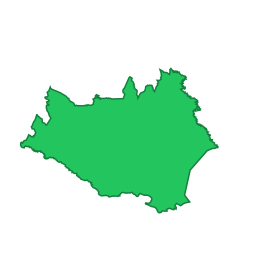 outline of Mocache, Los Rios, Ecuador, rotated 116°
{"feature_id": "8360857B55649152040637", "entity_name": "Mocache", "entity_type": "district", "adm_level": 2, "iso_a3": "ECU", "parent_name": "Ecuador", "parent_adm1": "Los Rios", "projection": "equal_earth", "projection_center": [-79.602, -1.198], "detail": "fine", "context": "isolated", "style": "filled", "palette": "green", "viewbox_px": 256, "rotation_deg": 116, "n_neighbors": 0, "source": "geoboundaries", "source_scale": "gbopen_adm2", "svg_char_len": 5764}
<svg xmlns="http://www.w3.org/2000/svg" viewBox="0 0 256 256"><g transform="rotate(116 128 128)"><path d="M55.7,115.5L57.3,115.9L58.8,115.0L61.7,114.1L61.2,117.4L62.3,120.5L61.7,121.3L61.5,124.8L64.3,122.1L66.9,120.6L68.4,120.8L69.5,119.6L71.5,120.6L72.4,122.7L73.9,120.5L75.4,121.0L76.0,120.2L78.7,120.6L83.6,120.1L82.5,122.2L81.1,123.1L80.9,123.7L79.8,124.4L79.3,125.3L79.9,127.1L80.9,128.3L80.9,129.0L83.0,130.2L85.9,129.3L88.0,129.4L91.3,132.1L96.8,132.2L95.3,133.2L94.4,134.8L90.7,136.0L90.1,136.7L89.8,138.8L89.0,139.9L88.1,140.2L86.9,141.8L86.4,141.5L84.6,143.2L83.5,146.0L81.7,146.0L81.3,146.6L81.2,148.7L82.2,149.1L93.6,148.7L95.3,149.2L96.9,148.9L98.3,147.8L98.5,146.4L99.4,145.6L103.7,145.2L108.6,154.4L109.1,155.8L109.1,157.2L109.7,157.7L109.7,158.8L110.3,159.2L110.3,160.2L111.7,162.1L112.7,164.2L113.6,165.4L114.1,165.4L114.0,166.2L113.3,165.7L113.3,166.7L113.6,166.9L113.2,167.2L114.1,168.1L114.2,169.0L113.1,168.4L113.0,169.5L111.8,168.7L111.9,170.5L112.3,170.2L112.3,171.0L113.2,171.4L115.1,170.3L115.3,171.0L116.1,170.9L117.3,172.1L119.0,170.2L120.5,170.3L121.8,169.6L123.3,170.6L124.3,172.0L124.5,173.5L125.4,175.1L126.1,174.9L126.1,175.9L128.0,178.5L130.0,183.0L130.3,184.7L131.2,185.2L131.1,186.1L129.6,187.4L129.2,190.2L129.5,191.4L128.8,192.3L128.6,193.2L127.4,194.2L127.6,195.3L126.6,197.7L126.0,204.5L126.6,213.8L126.1,215.1L125.4,215.8L129.5,215.4L131.3,216.3L134.0,213.9L135.3,214.2L136.4,215.9L137.0,216.0L137.6,215.2L137.7,211.5L138.0,210.9L139.0,210.9L140.2,212.5L141.5,211.3L141.5,209.9L141.9,209.2L142.5,209.5L142.8,210.8L143.8,211.1L146.5,209.7L147.2,208.6L147.9,208.5L149.2,205.9L150.0,205.6L151.9,203.5L152.9,201.6L160.9,202.4L161.3,203.1L160.3,204.8L160.5,207.1L160.2,207.6L157.6,209.2L157.6,210.9L157.0,212.6L157.1,213.6L155.9,215.6L156.0,215.8L162.4,215.0L163.3,215.5L168.8,215.1L169.3,215.4L170.8,213.7L170.1,212.1L172.4,209.1L175.9,208.6L175.9,209.2L176.4,209.6L177.5,209.2L178.1,210.8L178.2,211.5L177.6,212.3L177.9,212.9L177.6,214.2L183.5,214.1L184.9,215.8L187.2,216.0L187.4,217.0L187.8,216.6L188.0,217.4L188.4,217.9L190.4,217.0L191.4,216.0L191.9,214.6L191.3,212.6L189.7,212.7L189.1,211.7L188.9,210.4L188.2,209.6L188.5,208.2L188.2,208.3L188.4,207.6L188.0,206.9L189.0,204.5L189.4,204.3L188.7,203.4L189.5,203.4L189.9,202.2L189.7,201.7L189.2,202.1L189.6,200.6L189.0,200.5L189.1,199.6L188.6,200.2L188.3,199.9L188.2,197.9L186.9,196.5L187.9,195.7L187.4,194.5L188.0,193.0L188.2,191.6L188.9,191.7L188.9,190.7L189.5,190.4L190.9,190.9L191.8,189.6L191.7,188.3L190.9,188.5L190.7,187.6L191.0,187.1L190.0,186.2L189.1,186.0L188.2,184.6L188.5,184.3L188.1,183.3L187.2,182.0L187.3,181.0L187.6,181.7L188.0,181.3L187.6,179.3L188.3,178.6L188.3,177.4L188.7,177.1L188.9,175.6L188.9,174.7L188.1,174.2L187.8,173.3L188.6,172.6L188.5,168.5L189.3,167.7L189.9,167.6L190.0,166.3L190.5,166.0L190.2,165.7L190.4,165.2L190.3,164.2L190.8,163.6L190.5,163.2L191.9,162.3L191.3,161.5L191.3,159.2L192.5,158.8L192.0,158.2L192.4,156.5L191.3,154.1L193.2,153.2L193.4,152.2L193.1,151.2L193.8,150.9L193.8,149.3L194.6,147.9L194.1,143.6L192.7,141.7L193.5,139.7L193.1,138.8L193.1,137.0L193.8,137.4L194.4,136.7L194.6,135.5L195.2,136.0L195.9,135.5L196.1,134.5L196.8,133.3L196.7,130.5L197.3,127.9L198.4,126.3L199.6,125.9L200.5,124.9L200.7,122.3L198.1,117.9L197.7,116.1L198.3,114.8L195.6,111.5L195.2,110.1L194.4,109.1L193.9,107.2L192.6,105.7L192.2,106.6L191.4,106.0L188.9,105.4L188.1,104.1L187.4,101.2L186.2,99.4L185.3,97.3L184.0,96.2L185.0,94.0L184.6,93.1L185.6,90.2L185.2,89.2L181.6,88.6L181.3,83.9L179.9,81.2L179.7,79.3L180.3,76.6L181.1,75.6L182.0,75.3L184.5,75.2L186.0,75.7L187.0,77.1L187.5,79.1L187.9,79.3L188.4,78.9L188.6,78.1L188.2,76.0L188.3,72.7L187.5,69.5L188.1,66.9L190.1,64.7L190.6,63.0L189.4,61.3L187.3,60.6L186.4,58.1L185.5,56.5L184.2,57.5L182.0,55.7L181.5,51.3L181.1,50.9L179.8,51.1L179.8,49.3L178.2,49.8L177.4,51.8L174.6,51.4L174.7,46.6L171.9,45.1L170.0,43.5L167.4,40.1L163.8,47.3L163.3,47.8L138.6,53.7L113.7,46.9L109.4,43.2L108.2,41.0L106.8,40.1L106.1,38.1L106.3,39.3L105.5,38.9L105.2,39.4L105.3,40.0L104.3,40.6L104.6,41.1L105.2,41.0L105.1,42.5L104.5,43.3L103.5,43.7L103.4,46.1L102.9,46.9L101.5,47.1L101.9,47.8L103.1,48.2L102.9,48.7L102.4,48.8L102.5,49.4L101.3,49.5L99.2,52.2L99.0,51.9L99.1,51.0L98.4,50.9L98.1,51.9L98.5,52.4L98.5,53.7L97.8,53.8L97.3,54.8L96.4,54.2L96.5,55.2L95.9,56.4L95.2,56.3L95.0,57.7L94.7,57.2L94.3,57.4L94.0,59.9L93.5,61.0L93.9,61.5L93.6,62.7L93.3,62.8L93.7,63.6L94.3,63.7L94.0,64.1L93.3,63.9L93.2,64.9L94.2,65.4L93.4,66.2L93.7,67.0L94.1,66.7L94.0,67.7L93.4,67.9L93.5,68.5L92.3,69.2L91.5,68.8L91.5,69.7L91.1,69.8L91.0,70.4L90.0,69.9L89.0,72.3L88.7,72.2L88.9,72.8L88.4,73.1L88.9,73.6L88.5,74.3L87.8,74.7L87.1,74.4L87.0,75.2L86.0,74.9L84.6,76.8L83.6,76.8L83.4,75.1L83.0,74.5L82.2,75.2L82.0,75.9L81.3,75.2L80.6,75.2L80.9,73.7L81.9,73.2L80.3,71.1L79.8,71.8L79.2,71.3L78.9,72.9L78.2,73.0L78.9,74.3L78.8,75.2L77.7,74.4L77.1,75.5L76.9,77.4L76.0,77.2L75.8,76.6L75.1,77.7L75.2,78.7L74.4,77.9L74.2,76.7L72.8,77.6L72.6,79.5L72.8,80.3L72.3,80.6L72.1,81.6L73.9,84.5L73.5,86.0L72.7,86.2L72.3,85.4L72.2,85.6L72.2,86.4L73.3,87.3L72.6,88.2L72.9,88.8L71.9,88.7L71.6,90.0L71.0,90.1L71.9,91.9L70.8,92.4L71.5,93.1L70.7,94.0L71.0,95.8L70.5,96.4L69.6,96.4L70.1,97.5L69.5,97.4L68.9,96.7L68.1,94.8L68.2,94.3L67.6,93.9L66.2,94.6L67.1,96.3L66.9,97.0L66.5,96.3L66.0,96.5L66.2,97.8L65.4,97.9L65.3,98.9L65.0,99.4L64.7,99.1L64.6,99.8L63.6,98.1L62.4,100.0L61.8,99.6L61.8,98.8L60.8,98.6L60.9,100.0L60.3,99.8L60.6,99.0L60.1,98.3L59.0,98.5L58.7,97.5L58.2,98.5L57.3,97.8L56.9,98.0L56.8,98.6L57.2,98.6L57.2,99.0L56.4,99.3L56.8,100.9L56.7,102.2L57.3,102.6L56.4,105.6L55.3,106.5L56.0,107.5L55.5,108.5L55.9,109.8L56.8,108.6L57.1,110.1L56.8,111.5L58.0,111.2L58.0,111.8L57.5,112.6L56.7,113.0L56.8,113.4L55.7,115.5Z" fill="#22c55e" stroke="#15803d" stroke-width="1.5"/></g></svg>